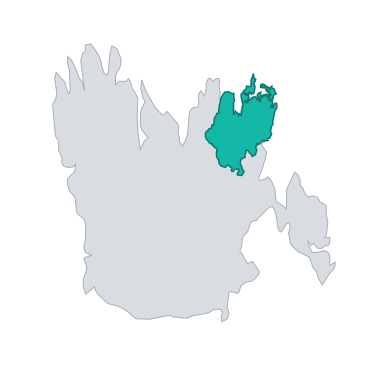 Ireland, with Mayo highlighted, rotated 98°
{"feature_id": "IRL-714", "entity_name": "Mayo", "entity_type": "County", "adm_level": 1, "iso_a3": "IRL", "parent_name": "Ireland", "parent_adm1": "", "projection": "natural_earth1", "projection_center": [-9.466, 53.907], "detail": "fine", "context": "in_parent", "style": "filled", "palette": "teal", "viewbox_px": 384, "rotation_deg": 98, "n_neighbors": 0, "source": "natural_earth", "source_scale": "10m", "svg_char_len": 9426}
<svg xmlns="http://www.w3.org/2000/svg" viewBox="0 0 384 384"><g transform="rotate(98 192 192)"><path d="M250.6,61.3L241.2,66.2L239.7,68.1L237.1,75.7L236.8,77.9L230.9,86.3L227.6,88.1L222.5,89.4L219.7,90.8L216.1,90.1L211.5,90.2L209.2,91.7L209.4,92.9L210.7,94.2L219.2,98.1L218.7,99.8L216.4,101.6L201.3,106.1L196.8,108.9L195.2,110.7L196.9,113.8L209.0,122.9L211.1,123.9L212.9,129.2L223.6,131.4L228.0,134.8L231.8,135.6L240.0,135.3L243.3,136.5L245.1,135.6L246.2,133.8L255.2,127.3L252.3,122.5L261.5,114.2L264.0,114.4L268.4,116.9L272.0,120.4L273.2,125.1L276.6,129.3L278.8,130.7L284.7,131.6L286.1,133.3L285.1,139.4L286.0,141.4L301.0,141.2L307.0,138.6L312.2,139.1L314.8,141.8L316.0,144.6L311.5,145.7L306.8,145.1L304.6,147.0L304.5,150.5L306.2,155.1L309.3,158.4L311.9,165.8L314.2,173.9L317.5,178.9L318.2,185.0L317.8,188.0L318.5,193.4L317.1,195.3L318.3,200.4L324.0,216.9L325.3,229.7L322.7,234.5L319.2,239.1L316.9,244.5L315.1,250.3L314.2,259.8L306.5,270.8L303.2,273.6L299.4,275.3L308.0,283.0L301.1,286.5L293.6,287.6L285.2,285.7L280.0,285.9L273.4,289.9L271.9,289.2L268.7,282.8L266.5,289.4L261.7,291.5L253.4,291.0L239.7,292.8L234.4,294.7L232.2,297.6L230.6,301.0L228.5,303.0L226.0,304.0L215.4,306.5L213.3,307.5L208.4,313.0L202.0,316.2L196.6,317.1L191.8,313.9L189.9,312.0L187.6,311.0L180.3,311.2L182.6,312.2L184.2,314.4L184.9,318.7L184.1,323.0L180.5,325.1L176.2,325.5L169.4,329.9L160.4,331.1L155.6,335.1L125.8,342.0L124.2,342.0L120.0,340.3L115.6,339.5L111.2,340.1L98.7,343.9L92.7,343.1L100.4,333.6L110.7,328.9L111.8,327.5L108.4,326.9L88.8,330.2L81.9,333.1L75.1,333.9L78.3,329.6L87.1,323.6L94.7,319.7L98.0,316.3L107.2,312.3L77.4,320.5L69.6,319.5L67.7,317.2L61.6,318.3L59.3,312.8L68.4,304.4L73.7,300.9L79.9,298.9L85.9,296.2L88.2,292.8L85.4,291.7L67.3,292.5L58.7,291.8L59.2,289.1L60.8,286.2L69.7,281.1L74.6,280.3L78.9,280.7L86.5,283.8L96.6,282.8L92.4,279.5L91.7,272.9L88.5,270.7L92.6,267.7L97.3,265.8L105.2,259.5L108.0,258.5L123.6,257.0L140.5,253.7L157.1,249.1L148.6,246.5L144.5,243.1L137.9,250.0L133.2,252.6L119.8,254.0L115.6,253.2L109.6,251.1L107.7,251.9L106.0,253.5L97.1,256.9L87.8,257.7L98.7,251.5L112.4,241.1L115.5,237.8L119.8,232.1L118.5,229.6L115.6,228.1L125.6,216.4L129.1,214.2L135.4,213.9L140.1,212.0L142.1,212.0L144.0,211.3L148.1,207.8L141.7,205.6L135.2,204.4L115.1,205.6L112.5,205.4L110.0,204.3L108.4,202.7L107.1,198.7L105.7,197.8L101.1,197.8L96.6,199.1L93.5,198.9L90.5,197.2L95.4,193.1L89.1,192.2L82.7,193.0L77.4,191.7L77.2,189.2L79.6,186.6L76.5,184.2L75.8,181.1L79.2,179.6L82.9,180.1L90.3,177.9L99.9,176.8L91.7,174.5L88.4,172.6L88.3,169.7L88.9,167.2L98.5,163.0L108.6,161.1L107.8,158.3L108.6,155.3L98.3,154.4L88.2,156.6L89.3,150.8L91.7,145.6L92.2,142.2L91.7,138.5L87.0,140.1L86.5,134.9L84.5,131.4L77.5,133.8L77.7,129.2L79.7,125.9L83.3,124.5L87.0,125.1L93.7,125.1L100.2,122.6L109.6,122.0L124.5,122.7L134.8,129.7L137.4,128.4L141.5,124.1L143.4,123.6L158.9,125.5L168.5,128.0L171.1,127.2L169.7,122.4L166.4,119.0L170.5,114.6L175.5,111.6L178.9,110.1L186.7,108.3L190.1,106.5L192.3,100.9L195.8,96.2L176.3,98.6L157.8,93.1L160.7,89.1L164.6,86.9L171.3,85.2L172.0,83.1L175.4,81.4L181.0,76.9L178.9,71.1L180.0,66.8L184.0,64.0L185.3,60.0L187.1,57.1L195.3,56.0L203.2,53.3L215.4,52.9L218.6,54.0L217.8,49.2L223.5,48.6L225.8,49.5L226.8,52.9L229.4,55.1L230.3,58.9L228.6,61.9L225.7,64.1L228.4,66.4L224.2,70.6L228.7,68.8L235.0,64.7L234.7,61.4L233.5,57.2L231.7,53.4L232.5,49.2L236.1,46.6L245.5,45.3L241.5,40.5L245.0,40.1L248.7,41.1L254.2,44.8L266.0,50.0L260.3,54.6L253.4,57.8L250.6,61.3ZM86.2,152.7L85.9,154.9L81.4,152.1L79.2,149.1L66.9,147.7L72.1,144.6L74.6,145.6L83.3,145.7L85.7,147.0L86.2,152.7Z" fill="#d9dde1" stroke="#a8b0b8" stroke-width="1"/><path d="M101.4,176.9L100.3,176.4L96.1,176.6L93.4,175.9L88.5,173.5L87.7,170.0L88.0,168.4L88.7,167.1L89.1,165.9L88.5,164.5L89.1,164.2L91.4,163.9L93.1,163.4L94.5,163.2L95.2,163.1L95.8,162.6L96.1,162.5L97.4,163.1L98.0,163.4L109.3,161.8L109.3,161.2L108.4,161.1L106.0,160.2L106.8,159.7L107.2,159.6L107.2,159.1L106.9,158.5L107.6,157.8L109.7,156.5L109.2,156.4L108.1,155.9L108.6,155.6L108.9,155.1L109.2,154.5L109.3,153.8L108.6,153.9L108.1,154.3L106.3,153.8L97.7,153.8L91.7,156.4L88.4,157.0L86.4,155.3L87.2,154.9L87.6,152.7L88.6,152.2L88.4,151.4L88.4,151.1L88.6,150.6L88.6,150.1L88.1,150.1L88.1,149.6L91.0,149.0L91.6,149.2L92.9,149.9L93.7,150.1L94.4,150.5L94.7,152.3L95.4,152.7L95.9,152.5L95.9,151.9L95.8,151.0L96.0,150.1L95.5,149.6L95.0,149.0L94.4,148.6L93.5,148.5L93.5,149.0L93.9,149.6L93.2,149.4L92.8,148.8L92.1,146.9L92.1,146.2L91.9,145.8L91.5,145.7L90.4,145.8L90.2,145.5L90.0,145.1L89.6,144.6L89.2,144.0L89.0,142.8L89.2,141.7L89.9,141.3L90.7,141.1L91.4,140.4L90.6,140.1L90.6,139.7L91.1,139.2L91.9,138.9L91.4,138.3L93.1,137.2L92.5,136.9L91.8,136.8L90.3,137.2L90.4,137.9L90.3,138.2L90.0,138.3L89.4,138.3L89.4,138.9L89.8,138.9L88.1,140.5L86.3,140.8L84.8,139.8L83.6,137.8L84.8,137.9L87.5,137.2L88.6,136.8L86.8,135.7L86.0,135.0L85.7,134.1L86.1,134.2L86.9,134.5L87.3,134.6L86.5,133.7L84.4,131.9L85.3,132.4L86.0,132.4L86.6,132.0L86.9,131.4L83.8,129.4L82.4,129.0L81.5,129.8L82.4,130.6L82.0,131.3L81.0,131.6L79.9,131.4L80.4,132.2L80.7,132.5L80.7,133.0L79.8,132.9L79.1,133.0L77.8,133.6L77.8,134.1L78.6,134.3L78.9,134.7L79.0,136.2L78.5,136.2L77.3,136.8L78.1,137.2L78.9,137.9L79.0,138.6L78.0,138.9L76.8,138.8L75.9,138.5L75.4,137.7L75.3,136.2L75.7,135.3L77.0,133.1L77.3,132.2L77.6,130.8L78.1,130.2L78.8,129.7L79.5,128.7L77.6,128.7L76.8,128.4L76.1,127.7L77.3,127.7L77.8,127.0L78.2,125.9L78.6,125.0L79.3,124.6L82.0,123.4L82.2,123.1L82.4,122.7L82.6,122.4L83.2,122.3L83.6,122.6L83.7,123.0L83.8,123.5L84.0,123.9L84.8,124.4L85.8,124.8L86.9,124.9L87.8,124.5L88.2,125.1L88.7,125.4L89.2,125.4L89.8,125.0L89.9,125.3L90.0,125.5L90.3,125.5L88.9,127.5L87.5,128.3L86.0,128.2L84.5,127.1L84.1,128.6L85.0,129.1L86.4,129.2L87.5,129.5L88.5,130.1L89.4,129.5L90.2,128.6L91.1,128.2L90.2,127.3L90.6,126.0L91.6,124.9L92.5,124.5L93.9,124.7L96.0,125.9L97.3,126.1L97.0,125.4L96.5,125.0L95.2,124.5L95.2,123.9L95.8,123.7L96.4,123.7L97.7,123.9L96.6,123.4L93.4,122.9L92.8,122.1L92.4,121.0L92.5,120.4L96.1,119.7L97.4,119.9L99.7,121.0L100.8,121.3L111.2,121.8L111.9,121.8L113.0,121.4L113.7,121.3L114.2,121.4L115.0,122.1L115.5,122.3L120.3,122.9L120.9,122.7L121.7,122.4L122.4,122.0L122.8,121.6L123.4,121.2L124.1,121.3L126.8,122.3L127.4,122.3L127.8,122.7L128.3,124.1L128.6,124.5L129.7,124.3L130.3,124.1L130.4,123.9L130.8,124.5L130.9,125.2L130.8,125.7L130.4,126.1L130.4,126.6L131.8,127.1L131.8,127.7L130.6,128.3L130.9,129.0L133.8,131.0L134.6,131.9L135.1,133.1L135.1,134.6L135.4,134.6L135.5,133.1L135.7,133.5L137.2,134.6L137.5,134.8L137.9,134.9L139.2,135.0L139.7,134.9L140.0,134.8L140.3,134.6L140.5,134.2L140.8,134.0L141.5,133.8L141.9,133.8L145.9,134.4L146.4,134.7L146.8,134.9L147.5,136.1L148.2,136.9L148.4,137.2L148.3,137.5L148.0,137.7L147.0,138.0L146.8,138.1L146.6,138.3L146.4,138.9L145.7,139.4L145.5,139.6L145.4,140.2L145.3,140.5L145.2,140.7L144.0,141.3L143.7,141.6L143.4,142.0L143.0,143.1L143.0,143.7L143.4,143.9L143.9,144.1L146.0,144.3L147.1,144.8L147.6,144.9L148.7,144.7L149.6,144.3L150.0,144.3L150.3,144.3L150.6,144.5L150.7,144.8L150.8,145.1L151.0,146.1L151.2,146.3L152.1,146.9L152.5,147.8L153.0,148.1L154.7,148.3L157.3,148.1L157.9,147.9L158.4,147.6L158.8,146.8L159.2,146.7L159.6,146.5L160.3,146.4L160.9,145.9L161.2,145.8L162.4,145.4L163.0,145.1L163.2,144.9L163.3,144.7L163.4,144.1L163.5,143.8L163.7,143.6L164.0,143.5L164.3,143.4L165.2,143.5L168.5,144.8L168.7,145.2L168.8,145.7L168.7,148.0L168.9,149.2L167.8,149.7L167.1,149.6L164.2,148.5L163.5,148.5L163.1,148.6L162.8,149.0L162.8,149.3L162.8,149.6L163.2,150.0L163.3,150.3L163.0,151.6L163.0,151.9L163.1,152.2L163.3,152.5L163.7,152.9L165.7,153.8L165.9,154.0L166.0,154.4L166.0,154.9L165.8,155.8L165.5,156.1L165.1,156.3L164.8,156.2L163.9,155.8L163.5,155.8L163.0,155.8L162.5,155.9L162.3,156.1L162.1,156.4L162.1,157.0L162.0,157.5L161.2,158.3L160.8,158.8L160.3,159.9L160.2,160.4L160.3,160.8L162.2,161.8L162.7,162.2L162.8,162.4L162.9,163.0L162.8,164.0L162.3,166.1L162.0,167.0L161.6,167.6L160.6,168.6L158.7,169.6L158.0,169.8L157.3,169.9L156.4,170.1L154.8,171.8L153.0,172.7L150.4,173.2L146.4,173.2L145.7,173.4L145.3,173.6L145.2,174.6L145.2,174.9L145.0,175.5L144.8,175.8L144.4,176.2L143.3,177.2L143.1,177.6L143.0,178.0L142.8,178.4L142.3,178.7L141.7,178.9L141.3,179.1L141.1,179.3L141.1,179.6L141.2,179.8L141.6,180.3L141.5,180.7L141.2,181.2L138.8,183.6L137.8,184.8L137.3,185.3L135.9,186.1L135.3,186.4L134.3,186.5L132.4,186.9L131.9,186.8L130.9,186.5L130.0,186.1L129.8,185.9L129.4,185.2L129.1,184.9L128.9,184.8L128.0,184.5L127.4,184.2L127.0,183.7L126.8,183.3L126.6,182.9L126.4,182.1L126.1,181.8L125.5,181.6L123.3,181.6L122.8,181.5L122.6,181.3L122.5,181.1L122.7,180.5L122.7,180.3L122.6,180.0L122.0,179.8L116.2,180.1L115.5,180.0L114.2,179.5L113.5,179.0L113.2,178.8L112.9,178.7L111.3,178.5L110.9,178.4L110.7,178.3L110.5,178.0L110.3,177.1L110.2,176.7L109.8,176.4L109.5,176.4L109.1,176.5L108.5,176.8L108.1,176.9L101.4,176.9ZM85.2,149.6L85.9,149.2L86.6,149.1L87.2,149.1L87.7,149.6L87.7,150.1L87.2,150.7L86.8,151.9L86.6,153.3L86.9,154.3L85.6,155.3L84.4,154.8L83.3,153.7L81.9,152.7L81.1,152.7L80.3,152.8L79.6,152.7L79.4,151.9L79.5,150.8L79.7,149.9L79.6,149.2L79.0,148.5L77.7,148.2L73.2,149.0L71.5,148.8L68.5,147.9L66.9,147.9L66.9,147.4L68.5,147.3L69.8,147.0L70.8,146.3L71.5,144.7L72.0,145.2L72.5,145.3L73.0,145.2L73.6,144.7L74.9,145.9L76.4,145.6L78.0,144.7L79.2,144.2L84.5,144.3L85.7,144.7L86.9,146.8L85.6,146.8L85.8,147.4L85.8,148.0L85.6,148.6L85.2,149.0L85.2,149.6Z" fill="#14b8a6" stroke="#0f766e" stroke-width="1.5"/></g></svg>